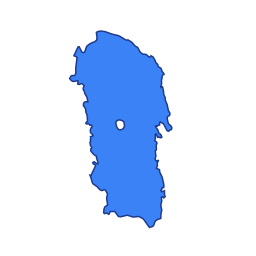 the district of Tshilenge, Kasaï-Oriental, Democratic Republic of the Congo, rotated 160°
{"feature_id": "63176286B2433914913285", "entity_name": "Tshilenge", "entity_type": "district", "adm_level": 2, "iso_a3": "COD", "parent_name": "Democratic Republic of the Congo", "parent_adm1": "Kasaï-Oriental", "projection": "equal_earth", "projection_center": [23.644, -6.465], "detail": "fine", "context": "isolated", "style": "filled", "palette": "blue", "viewbox_px": 256, "rotation_deg": 160, "n_neighbors": 0, "source": "geoboundaries", "source_scale": "gbopen_adm2", "svg_char_len": 4726}
<svg xmlns="http://www.w3.org/2000/svg" viewBox="0 0 256 256"><g transform="rotate(160 128 128)"><path d="M81.7,188.0L82.0,187.4L83.0,187.2L84.0,187.7L85.9,191.0L88.5,192.2L90.1,194.1L90.7,195.6L91.4,200.5L93.2,202.4L95.1,207.4L97.9,210.8L99.7,211.2L104.5,217.2L106.4,218.8L106.8,219.0L108.4,220.0L111.0,221.8L113.6,223.9L115.7,225.7L117.3,226.8L120.3,228.4L122.9,228.9L124.6,228.8L125.3,228.1L125.6,225.8L126.5,222.8L127.4,221.3L129.9,220.4L132.4,220.5L135.1,220.1L137.4,219.5L138.9,218.8L140.7,216.8L141.8,215.3L142.8,214.2L143.9,214.0L145.4,215.1L146.1,221.1L147.2,221.3L148.9,219.7L150.0,218.5L151.1,217.4L154.1,214.4L152.6,213.0L152.0,212.4L152.0,212.2L151.8,211.6L156.4,202.6L156.7,201.8L157.1,200.8L158.4,197.2L159.5,196.1L160.5,195.7L160.8,195.5L162.5,196.5L162.8,196.4L163.9,196.2L165.4,194.9L165.5,194.8L165.9,194.5L165.8,194.0L165.7,193.7L165.4,192.7L164.2,190.9L162.9,190.2L160.8,189.9L160.6,189.9L159.8,189.8L158.8,189.1L160.1,186.9L160.3,186.6L160.2,186.4L159.0,185.6L156.4,185.6L155.6,185.0L155.1,183.5L155.0,183.3L154.8,182.8L156.5,180.7L156.8,179.8L156.9,179.4L156.5,177.6L156.8,175.2L156.3,172.4L156.1,170.7L156.8,166.2L158.6,167.1L160.2,167.2L161.0,166.5L161.4,166.2L162.3,164.1L161.3,161.0L162.2,156.9L162.0,154.8L162.5,152.3L163.9,147.8L164.6,147.8L165.2,147.7L165.6,147.3L166.0,146.9L165.7,146.1L163.3,145.2L162.8,143.6L162.2,143.4L161.3,143.1L161.2,142.9L161.0,142.1L161.7,141.3L161.7,141.2L162.1,140.8L162.5,140.9L162.9,140.4L163.1,140.2L164.2,138.8L164.5,138.0L164.5,137.9L164.7,137.2L164.6,136.2L164.6,135.9L164.4,135.6L163.5,133.9L163.6,133.4L163.6,132.5L166.2,132.7L166.6,130.8L166.6,130.7L166.8,130.6L167.2,130.4L167.5,128.7L167.6,128.4L168.5,127.7L168.7,127.3L169.3,124.4L169.1,123.7L168.9,123.2L168.7,122.5L168.8,122.3L168.9,122.0L169.0,121.6L169.7,121.3L169.8,121.3L170.1,121.1L170.7,119.7L170.7,119.1L170.7,118.9L170.7,118.6L169.0,114.4L167.3,112.2L167.8,110.8L168.0,105.6L168.2,105.2L168.4,104.6L168.6,104.6L169.2,104.7L171.2,107.8L171.7,107.8L172.6,107.8L172.7,107.7L172.8,107.6L173.1,107.1L172.8,106.0L171.5,104.7L171.4,103.8L171.4,103.6L179.0,96.1L179.9,96.7L179.9,96.1L179.8,94.6L180.2,89.3L180.1,88.6L180.1,88.4L179.9,87.4L177.1,83.4L175.7,80.0L175.6,79.8L175.4,79.4L174.4,78.4L174.0,78.2L173.3,78.0L171.5,78.3L171.1,78.0L171.1,77.9L170.5,77.2L169.8,73.1L172.1,69.4L173.5,62.6L174.8,62.3L176.5,61.9L178.0,60.5L178.1,60.3L178.8,58.9L179.9,56.6L179.2,55.5L177.2,55.5L176.3,54.3L175.9,53.7L175.1,53.6L173.4,55.6L169.6,54.3L169.0,54.1L167.3,48.2L166.9,48.0L165.4,47.1L158.5,46.3L153.7,42.6L148.0,41.1L144.7,37.4L142.6,29.7L141.8,27.2L138.3,27.1L137.2,27.7L135.6,29.7L134.2,31.2L131.9,31.8L131.7,31.9L128.1,31.8L126.9,34.9L126.5,35.8L126.4,35.9L125.9,36.8L125.0,38.2L124.3,39.5L123.9,42.7L123.4,44.2L123.1,45.1L122.6,45.8L121.2,47.9L120.4,51.4L120.2,51.6L119.8,51.8L119.2,51.7L118.4,50.4L118.3,50.1L116.6,50.7L116.5,52.7L115.2,56.6L118.0,56.4L118.6,58.1L117.2,58.7L116.3,60.3L115.4,60.0L114.8,59.8L114.5,60.4L114.3,61.0L113.7,62.5L113.1,66.9L112.7,70.2L113.3,75.8L113.0,76.7L112.7,77.4L113.0,78.5L113.8,79.2L114.8,80.0L115.0,80.6L113.3,82.5L112.6,84.5L112.2,85.6L110.6,86.8L110.7,87.2L110.8,87.3L112.7,87.4L112.8,87.8L113.2,88.8L112.8,90.1L112.7,90.4L111.4,92.0L111.2,93.1L111.1,93.5L110.2,97.2L108.8,97.8L107.4,102.1L105.9,103.9L106.0,104.4L106.0,105.2L107.2,107.0L105.8,108.9L104.8,112.1L104.1,112.9L103.8,112.8L103.7,112.8L103.5,111.0L103.3,109.1L102.7,109.0L102.1,108.9L101.7,108.5L101.1,107.8L100.6,107.9L99.9,108.0L99.7,107.6L99.3,107.8L99.4,109.4L99.4,110.6L100.3,112.1L101.0,113.1L100.6,114.3L100.7,115.7L100.7,116.5L101.1,117.6L101.6,119.3L101.6,119.7L101.5,120.3L101.1,120.5L100.7,120.2L100.1,119.7L98.8,120.2L97.9,120.0L97.3,120.0L96.3,122.4L96.2,122.5L95.7,122.7L93.5,120.2L93.1,119.1L92.6,115.3L92.6,115.2L92.2,112.2L91.1,111.1L90.6,111.2L90.1,111.3L89.3,111.8L88.0,111.7L87.7,111.7L87.4,112.2L86.7,113.3L86.8,114.1L86.9,114.7L87.0,115.8L87.9,116.7L88.5,118.5L88.3,120.7L88.3,120.8L87.9,123.8L87.3,124.6L86.8,125.2L85.2,125.5L84.9,125.6L84.6,125.8L84.0,126.3L83.7,127.4L83.5,128.0L84.0,129.9L84.0,130.0L84.1,130.3L83.2,137.0L83.3,138.4L83.4,141.5L82.7,143.8L82.7,144.2L82.7,144.3L83.0,146.8L82.1,150.3L81.9,151.8L81.5,154.2L81.7,155.1L83.1,154.8L83.1,155.7L83.0,155.8L81.3,158.0L80.1,161.8L79.7,162.2L79.2,162.7L78.9,163.3L78.5,164.6L77.3,165.7L76.9,166.1L75.8,166.1L75.8,167.0L75.8,167.4L76.6,169.3L76.6,171.0L76.6,172.8L78.7,175.5L78.6,175.8L78.3,177.5L79.5,180.0L79.5,182.8L79.7,184.0L80.1,186.1L81.7,188.0ZM132.6,129.2L134.0,128.7L136.0,128.9L137.1,129.7L137.7,130.5L138.1,131.9L138.2,133.7L138.0,135.0L137.8,136.9L136.5,138.4L134.2,138.8L132.6,138.2L130.7,136.7L129.8,135.1L130.4,131.9L131.1,130.3L132.6,129.2Z" fill="#3b82f6" stroke="#1e3a8a" stroke-width="1.5"/></g></svg>